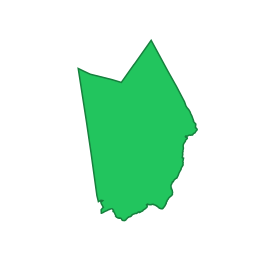 outline of West Kwara'ae, Malaita, Solomon Islands, rotated 215°
{"feature_id": "97153195B25231511740038", "entity_name": "West Kwara'ae", "entity_type": "district", "adm_level": 2, "iso_a3": "SLB", "parent_name": "Solomon Islands", "parent_adm1": "Malaita", "projection": "equal_earth", "projection_center": [160.683, -8.662], "detail": "fine", "context": "isolated", "style": "filled", "palette": "green", "viewbox_px": 256, "rotation_deg": 215, "n_neighbors": 0, "source": "geoboundaries", "source_scale": "gbopen_adm2", "svg_char_len": 5016}
<svg xmlns="http://www.w3.org/2000/svg" viewBox="0 0 256 256"><g transform="rotate(215 128 128)"><path d="M101.0,42.9L100.8,43.0L100.2,44.0L99.9,44.5L99.0,46.5L97.9,48.2L97.5,49.0L97.3,49.4L97.1,50.1L96.6,50.4L96.3,51.0L95.5,52.1L95.2,52.4L94.6,52.7L94.1,52.7L93.6,52.5L93.3,52.5L92.8,52.4L92.6,52.2L92.4,51.8L92.5,51.6L92.6,51.8L92.7,51.7L92.7,51.4L92.2,51.2L91.9,51.3L91.6,51.2L91.1,51.0L90.9,51.0L90.4,50.7L89.8,50.4L89.3,50.0L88.5,49.6L88.2,49.4L87.8,49.2L87.5,49.0L87.5,48.7L87.2,48.7L86.8,48.5L86.6,48.4L85.9,48.4L85.6,48.5L84.8,48.5L84.5,48.6L84.3,48.7L84.2,48.9L84.0,49.1L83.7,48.9L83.5,49.0L83.1,49.3L83.0,49.6L82.7,49.6L82.6,49.8L82.0,50.0L81.7,49.9L81.3,49.8L80.5,49.3L80.1,49.2L79.4,49.2L78.7,49.6L78.4,49.7L78.0,50.0L77.9,50.0L77.7,50.2L77.5,50.7L77.3,50.8L77.3,51.0L77.2,51.2L77.0,51.6L77.1,52.3L77.0,52.8L76.9,53.1L76.9,53.5L76.8,53.9L76.8,54.2L76.7,54.5L76.6,54.8L76.5,55.1L76.4,55.1L76.1,55.7L76.2,55.8L75.8,56.2L75.6,56.6L75.4,56.8L75.1,56.9L75.1,57.2L74.8,57.7L74.8,57.9L74.9,58.2L74.8,58.4L74.8,58.6L74.7,58.9L74.9,59.2L74.2,60.5L73.6,61.2L73.5,61.5L73.4,61.7L73.3,62.0L73.1,62.2L72.9,62.2L72.8,62.3L72.7,62.4L72.5,62.5L72.4,62.6L72.2,62.7L71.9,63.2L71.7,63.6L71.6,64.0L71.6,64.4L71.5,64.6L71.4,64.9L71.1,65.4L70.8,65.7L70.6,65.6L70.5,65.4L70.3,65.5L70.2,65.4L70.1,65.6L69.7,66.0L69.5,66.7L69.2,67.1L69.2,67.3L69.0,67.6L68.9,67.7L68.7,68.2L68.5,68.3L68.4,68.6L68.4,68.9L68.4,69.1L68.5,69.2L68.4,69.5L68.4,70.0L68.1,70.3L68.1,70.5L68.0,70.8L67.8,71.0L67.6,71.7L67.6,72.0L67.4,72.2L67.4,72.7L67.1,73.6L67.1,74.2L67.3,74.5L67.3,74.8L67.5,74.9L67.8,75.4L68.0,75.4L68.1,75.8L68.3,75.9L68.6,75.6L68.8,75.7L68.6,76.5L68.3,76.9L68.1,76.8L67.5,76.9L67.3,77.2L66.8,77.4L66.6,77.3L66.4,77.5L66.0,77.9L65.8,78.0L65.6,78.0L65.4,78.3L65.2,78.4L64.8,78.7L64.8,78.9L64.6,79.2L64.6,79.3L64.4,79.5L64.1,79.5L63.9,79.7L63.5,79.9L63.3,79.9L63.3,80.1L63.2,80.2L62.9,80.1L62.4,80.2L62.0,80.4L61.7,80.3L61.1,80.5L60.6,80.5L60.4,80.7L60.1,80.8L59.8,80.7L59.7,80.5L59.2,80.6L58.5,80.5L58.0,80.5L57.9,80.5L57.7,80.6L57.2,80.5L57.0,80.4L56.7,80.5L56.5,80.3L55.9,80.4L55.5,80.7L55.1,80.8L54.9,80.7L54.5,81.0L54.1,81.1L53.9,81.2L53.7,81.3L53.6,81.5L53.4,81.8L53.5,82.0L53.3,82.2L53.2,82.4L53.3,82.6L53.3,83.2L53.2,83.4L53.1,83.9L53.2,84.1L53.2,84.7L53.1,84.9L53.1,85.3L53.2,85.5L53.2,86.3L53.4,86.9L53.3,87.1L53.4,87.3L53.4,87.6L53.5,87.8L53.5,88.3L53.6,88.5L53.8,88.5L54.0,89.2L54.1,90.1L54.0,90.4L54.2,90.7L54.3,90.8L54.4,91.6L54.3,92.4L54.3,92.9L54.4,93.4L54.5,93.8L54.4,94.3L54.3,94.5L54.3,95.2L54.1,95.4L54.1,96.0L53.9,96.6L53.8,96.8L53.7,97.1L53.5,97.6L53.5,97.9L53.6,98.3L53.5,98.7L53.6,98.9L53.6,99.2L53.8,99.3L54.1,99.9L54.3,100.1L54.5,100.8L55.1,101.3L55.3,101.6L55.7,101.9L56.0,102.3L57.0,102.9L57.3,102.8L57.6,102.8L57.8,103.1L57.7,103.4L57.8,103.5L58.0,103.3L58.3,103.5L58.9,104.4L59.6,105.2L59.8,105.4L59.9,105.5L59.9,106.0L60.1,106.5L60.1,107.2L60.1,107.4L60.2,107.6L60.2,107.8L60.4,108.1L60.4,108.5L60.7,109.4L60.7,109.5L60.4,109.6L60.2,109.7L60.1,109.9L60.4,111.5L60.3,112.3L60.1,112.9L60.1,113.5L59.9,114.0L59.7,114.4L59.5,114.6L59.3,114.8L59.3,115.1L59.4,115.3L59.4,116.0L59.6,116.5L59.6,117.4L59.8,118.1L60.1,119.4L60.3,119.8L60.4,120.5L60.4,120.9L60.6,121.6L60.7,123.4L60.8,124.0L60.8,124.4L60.9,124.7L61.0,124.7L61.0,124.3L61.5,126.5L61.5,128.0L61.7,128.4L61.8,128.6L61.6,128.8L61.6,129.1L61.7,129.4L61.8,129.5L61.9,129.3L62.1,129.8L62.7,130.5L62.8,131.1L63.1,131.3L63.4,131.7L64.1,132.1L64.2,133.0L64.5,133.4L64.7,134.1L65.0,134.6L65.2,134.9L65.2,135.2L65.3,135.2L65.4,134.9L65.5,134.8L66.0,134.8L66.1,134.6L66.1,134.4L66.2,134.2L66.2,134.5L66.6,134.8L67.0,135.9L67.3,136.2L67.4,136.7L67.8,137.2L67.9,137.7L68.1,138.0L68.3,138.0L68.5,138.4L68.7,138.5L69.2,139.1L69.3,139.3L69.2,139.4L69.3,140.1L69.6,140.3L69.7,140.6L70.0,140.9L70.3,141.6L70.7,142.6L70.9,142.9L71.1,143.4L71.9,144.1L72.0,144.3L72.4,144.7L72.7,145.2L73.1,146.0L73.3,146.9L73.4,147.3L73.4,148.9L73.4,149.9L73.5,150.3L73.8,150.8L73.8,151.0L73.8,151.5L73.5,152.9L73.4,153.2L73.4,153.4L73.8,153.7L74.1,153.9L74.1,154.1L74.3,154.2L74.4,154.3L74.6,154.3L74.6,154.0L74.7,153.8L75.1,153.6L75.4,153.6L75.8,153.7L76.1,153.9L76.1,154.1L75.9,154.0L75.7,154.0L75.6,154.3L75.4,154.0L75.2,153.9L74.9,153.9L74.9,154.1L75.2,154.5L75.2,154.8L74.6,155.7L73.9,157.1L73.5,157.5L72.4,158.1L71.7,158.9L71.3,159.1L71.1,159.4L71.1,159.6L71.2,160.1L71.1,161.1L70.8,161.8L70.7,161.9L70.5,162.1L70.4,162.3L70.5,164.6L70.4,165.0L70.3,165.4L70.3,165.6L70.4,166.1L70.6,166.6L70.8,166.7L72.3,167.1L72.6,166.9L72.9,166.9L73.5,168.0L74.0,168.6L74.2,169.5L74.4,169.6L74.8,169.8L75.0,169.9L75.0,170.2L75.5,170.3L76.7,170.5L77.5,170.8L78.0,170.9L78.4,171.1L78.5,171.6L82.6,174.5L85.1,175.8L86.0,176.6L88.8,177.9L91.3,178.5L93.2,179.3L96.8,181.9L112.1,189.8L127.9,197.4L159.3,213.1L159.4,183.5L159.5,183.4L159.6,161.5L168.4,158.6L189.8,150.4L196.1,149.3L202.9,148.2L165.6,109.3L143.9,86.3L114.6,54.7L110.0,50.7L108.7,53.3L107.0,54.1L107.1,53.2L107.8,51.8L106.6,50.8L102.7,48.9L102.9,47.9L103.1,45.6L101.0,42.9Z" fill="#22c55e" stroke="#15803d" stroke-width="1.5"/></g></svg>